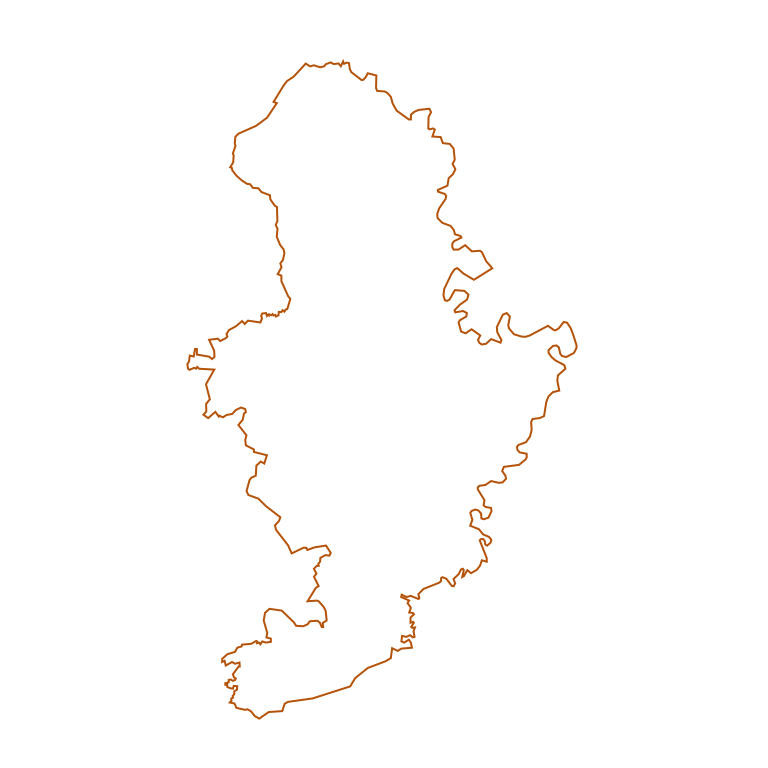 the district of Nong Cong, Thanh Hóa, Vietnam, rotated 356°
{"feature_id": "81297802B57234015442712", "entity_name": "Nong Cong", "entity_type": "district", "adm_level": 2, "iso_a3": "VNM", "parent_name": "Vietnam", "parent_adm1": "Thanh Hóa", "projection": "orthographic", "projection_center": [105.661, 19.616], "detail": "fine", "context": "isolated", "style": "outline", "palette": "amber", "viewbox_px": 768, "rotation_deg": 356, "n_neighbors": 0, "source": "geoboundaries", "source_scale": "gbopen_adm2", "svg_char_len": 6122}
<svg xmlns="http://www.w3.org/2000/svg" viewBox="0 0 768 768"><g transform="rotate(356 384 384)"><path d="M396.7,88.2L397.9,75.7L389.5,72.9L387.0,76.9L384.2,79.3L382.7,79.1L373.2,70.7L371.8,67.3L371.5,61.5L369.3,60.8L366.5,61.8L365.7,59.3L363.1,64.0L361.1,61.1L356.1,61.3L353.3,59.5L348.3,60.9L346.5,62.9L342.4,63.6L336.3,61.2L332.5,62.0L328.3,58.9L315.2,71.2L308.4,75.0L305.0,78.8L293.5,94.9L296.7,96.3L285.9,110.2L274.3,117.6L256.1,124.2L253.0,127.0L251.9,134.0L252.5,135.9L249.3,143.6L250.0,145.6L249.0,152.4L245.7,157.1L247.2,157.6L247.7,160.6L251.6,166.2L256.6,171.2L261.4,174.8L264.4,175.4L266.9,179.2L272.4,180.0L275.2,184.0L283.4,187.8L283.5,191.9L287.4,198.4L289.6,200.0L289.0,214.1L287.1,217.8L288.6,221.8L287.3,229.7L290.1,238.1L293.2,242.7L293.8,246.6L291.8,253.3L289.0,256.4L289.9,260.4L285.6,267.0L289.2,268.7L288.8,274.2L294.4,289.5L296.5,292.6L292.7,302.6L291.1,302.8L289.7,304.9L288.0,303.3L286.7,305.1L284.1,304.8L283.5,308.2L280.9,309.1L280.5,307.6L278.5,307.9L277.8,306.5L276.6,307.5L274.4,306.5L274.1,307.6L273.2,306.9L272.0,308.0L271.2,305.0L267.4,305.2L266.2,307.5L266.9,309.9L265.0,314.0L252.7,311.3L249.3,314.4L246.8,311.3L240.3,316.1L233.1,319.4L230.4,323.1L231.1,325.7L229.5,327.2L223.6,329.7L221.4,327.2L212.6,327.7L216.9,338.8L216.8,345.1L214.2,347.1L211.4,344.5L199.4,341.6L199.8,336.1L197.9,335.9L196.1,343.3L192.2,342.1L191.1,347.9L189.2,350.6L189.6,355.1L191.0,356.3L195.9,354.6L197.6,355.6L198.9,353.9L200.7,355.9L215.7,357.8L206.4,371.8L209.2,387.1L205.2,391.4L204.8,399.1L201.7,402.0L202.5,402.7L206.2,405.8L213.8,400.0L216.9,404.9L217.5,404.1L220.9,406.0L224.9,403.9L230.5,403.3L234.2,399.7L239.7,397.5L243.8,399.3L244.3,402.3L242.3,403.6L240.6,409.8L235.9,414.7L243.2,425.6L241.7,430.0L241.9,435.5L249.7,440.3L249.5,442.7L262.2,446.9L259.0,455.0L255.6,452.8L251.0,456.5L249.7,466.5L245.3,468.1L243.2,470.4L239.4,481.3L241.0,485.3L250.7,489.6L257.8,497.7L271.3,509.7L269.7,513.3L265.4,517.4L266.1,521.9L277.1,538.3L280.1,546.5L292.4,541.7L295.1,542.0L296.0,544.2L303.4,542.1L314.9,541.1L319.1,548.8L317.5,551.4L313.6,550.6L308.4,553.0L307.9,556.7L305.8,559.0L306.2,560.8L304.0,560.9L301.2,563.4L303.4,568.5L300.7,571.4L304.7,581.0L301.7,582.7L292.6,595.4L301.9,595.4L303.7,596.2L308.3,602.2L310.0,606.3L310.3,615.9L306.2,618.1L306.4,622.2L305.0,622.2L303.3,617.5L300.9,615.5L293.5,615.5L291.0,618.4L286.5,620.0L279.5,619.1L277.5,615.5L266.2,602.9L254.1,600.3L249.4,603.9L247.5,611.5L250.2,624.2L249.0,628.6L253.3,630.1L253.2,633.3L248.2,633.7L244.6,632.3L242.5,635.1L241.6,633.5L239.2,633.7L239.7,632.1L238.6,631.4L233.5,633.9L224.2,634.1L223.6,635.9L219.3,636.8L216.6,640.9L208.9,642.6L203.4,646.9L203.1,650.0L205.7,649.0L206.5,653.8L213.0,650.7L215.9,652.7L220.4,651.8L220.4,655.7L219.4,655.6L213.0,663.0L213.9,666.3L215.6,667.4L214.9,668.8L212.6,669.6L210.4,668.1L208.4,668.4L208.3,670.7L204.8,671.4L204.8,673.1L206.6,672.7L206.6,675.4L209.9,676.9L212.1,677.4L213.0,674.7L216.5,675.2L216.0,678.7L213.2,680.2L213.0,683.0L211.3,684.6L211.6,686.3L209.6,687.2L209.8,689.3L208.0,691.0L212.6,692.3L214.2,696.8L222.9,699.4L224.9,698.9L228.4,701.1L232.1,706.4L236.2,709.1L246.1,703.2L259.7,703.2L262.6,696.0L266.1,694.4L290.8,692.7L329.2,683.3L334.7,675.4L348.1,666.1L365.9,660.8L371.7,657.9L373.7,648.1L379.0,651.2L382.8,649.2L393.5,649.0L392.7,643.7L390.9,640.8L386.1,643.4L383.4,642.0L384.4,636.6L388.6,637.8L392.5,636.4L395.1,638.8L396.8,638.4L396.3,632.7L397.9,629.0L395.0,629.2L394.2,628.2L397.1,624.3L396.5,623.3L393.8,624.0L394.2,618.7L397.8,615.9L396.8,614.4L393.2,613.7L395.2,609.1L392.2,604.2L394.0,601.8L386.3,597.7L387.0,595.4L391.6,598.1L395.8,597.2L403.5,600.9L404.3,600.0L403.6,596.1L409.1,591.2L425.1,586.1L427.0,584.8L427.5,581.5L428.8,580.8L432.5,582.5L437.6,590.2L439.5,590.6L441.0,587.8L439.8,583.3L445.0,579.1L448.0,574.3L449.8,573.8L450.6,575.3L448.6,582.0L450.3,581.2L454.1,575.5L457.6,578.8L463.6,575.9L467.2,571.8L469.3,566.7L474.1,568.4L474.3,564.7L468.6,546.7L469.9,545.5L472.1,545.6L473.5,547.7L473.9,551.2L475.6,552.4L479.3,549.7L480.2,546.9L478.0,543.8L472.3,540.9L468.6,535.5L460.1,531.4L462.7,525.7L461.1,518.6L462.4,516.8L466.2,515.6L469.3,516.7L471.8,520.0L471.8,524.9L474.2,525.9L478.9,524.6L482.4,518.3L482.1,515.1L476.9,513.8L474.9,512.0L476.1,506.9L470.2,495.6L470.4,493.5L472.1,492.2L478.2,491.8L484.1,488.3L491.6,490.6L495.5,490.4L499.2,487.0L498.7,483.9L495.8,479.0L497.8,475.0L513.0,474.1L519.9,469.2L521.3,467.1L521.4,463.5L514.6,461.7L512.6,459.2L512.2,456.0L513.9,454.2L521.6,451.9L526.0,446.6L528.1,440.2L528.1,432.4L529.7,429.3L537.1,428.8L541.4,427.2L544.7,413.1L547.2,407.9L551.9,403.9L558.4,402.8L557.1,392.9L558.1,387.5L566.0,381.5L565.2,377.8L556.6,372.4L553.0,368.8L550.3,364.3L550.6,361.6L555.3,357.8L558.8,357.6L561.0,359.7L561.9,366.0L563.5,368.5L567.7,369.8L575.6,366.3L578.4,361.8L578.8,359.1L576.5,349.3L574.3,341.7L571.0,335.7L567.7,334.6L562.3,340.6L559.2,342.3L557.5,342.2L551.6,337.4L533.0,345.7L528.5,346.8L524.7,346.3L517.2,343.5L512.7,337.4L512.0,334.2L514.3,325.5L511.3,321.8L507.4,323.1L500.5,335.2L500.6,340.2L504.2,348.4L503.1,350.9L494.0,346.7L488.6,351.0L484.2,351.4L481.7,349.3L480.9,346.5L483.4,342.3L475.2,335.5L469.0,339.1L464.6,337.1L462.7,327.8L464.0,325.8L470.9,322.3L471.6,319.0L468.0,316.7L460.1,317.5L459.5,315.4L465.2,310.2L472.7,305.6L474.5,300.8L470.7,296.7L461.2,295.3L455.3,304.3L452.7,305.5L450.6,304.7L449.5,299.9L450.6,293.6L458.9,278.9L462.3,274.6L465.2,273.5L471.0,279.4L481.0,286.3L500.1,276.1L494.6,268.8L490.8,259.2L489.0,257.8L480.9,257.8L474.7,251.2L467.7,255.1L462.8,254.8L461.7,252.2L462.0,248.6L463.8,246.5L471.4,243.3L470.7,241.7L465.3,239.6L464.3,235.1L461.4,230.9L453.4,227.3L449.0,222.2L449.0,218.0L451.3,212.6L458.3,203.8L459.2,200.9L458.0,198.7L451.3,195.9L451.2,194.2L461.1,190.6L462.9,183.2L467.3,179.6L470.2,174.8L467.8,169.2L470.2,165.2L469.9,154.1L466.4,149.1L459.5,147.8L457.7,141.6L449.6,140.5L452.4,133.7L450.9,132.5L447.2,133.1L446.0,132.2L447.1,120.7L449.9,116.2L448.5,112.6L437.8,113.0L433.5,114.4L429.7,117.2L429.3,122.0L427.2,121.8L415.8,112.3L412.2,104.8L410.9,98.1L407.7,93.9L405.0,92.2L397.7,91.2L396.7,88.2Z" fill="none" stroke="#b45309" stroke-width="2"/></g></svg>